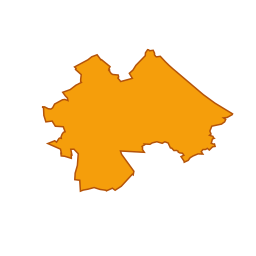 outline of Celbridge Lea-4, Kildare, Ireland, rotated 33°
{"feature_id": "5873133B70404185317284", "entity_name": "Celbridge Lea-4", "entity_type": "district", "adm_level": 2, "iso_a3": "IRL", "parent_name": "Ireland", "parent_adm1": "Kildare", "projection": "equal_earth", "projection_center": [-6.548, 53.32], "detail": "fine", "context": "isolated", "style": "filled", "palette": "amber", "viewbox_px": 256, "rotation_deg": 33, "n_neighbors": 0, "source": "geoboundaries", "source_scale": "gbopen_adm2", "svg_char_len": 1947}
<svg xmlns="http://www.w3.org/2000/svg" viewBox="0 0 256 256"><g transform="rotate(33 128 128)"><path d="M197.8,116.0L200.8,111.6L205.0,109.1L202.3,107.9L202.5,105.3L204.8,103.7L205.6,101.9L208.2,102.2L209.2,97.7L211.1,96.0L209.2,94.3L208.6,94.9L206.2,95.5L204.8,91.4L205.9,89.7L205.0,89.7L203.8,88.8L200.3,89.7L200.9,87.8L198.3,86.0L197.3,80.8L204.3,73.8L205.7,70.2L205.3,67.6L202.6,67.5L205.4,65.2L208.1,60.1L208.0,59.2L187.3,59.8L172.9,59.0L133.3,53.9L128.1,53.1L123.2,52.1L116.0,50.3L113.2,52.8L112.3,52.9L110.4,52.2L109.5,50.8L106.8,49.1L104.0,51.5L102.8,51.2L101.8,51.6L101.7,55.4L103.1,58.0L100.5,71.1L100.6,76.7L99.3,81.4L104.6,84.0L96.6,93.0L92.3,91.6L92.4,90.3L90.9,88.9L86.1,91.4L84.3,91.5L80.4,90.0L80.9,89.3L79.8,88.9L79.5,86.3L68.5,85.1L68.2,85.6L62.2,83.4L58.8,88.0L57.2,92.7L49.9,105.9L52.0,106.3L52.1,107.5L59.7,108.7L61.9,113.1L63.0,114.8L64.1,115.1L61.0,120.5L58.6,127.3L53.8,133.6L58.2,135.3L60.8,135.8L62.7,137.7L59.4,138.5L57.6,140.1L53.4,147.9L53.8,152.2L53.0,154.1L50.6,155.3L46.6,155.7L44.9,156.7L45.2,157.2L46.0,156.9L50.6,163.3L55.8,167.6L60.6,163.5L66.1,166.1L73.0,162.2L77.3,165.4L76.2,166.7L76.1,169.2L76.7,171.9L77.7,173.0L76.2,173.6L75.8,174.4L75.8,178.8L73.5,178.6L69.2,184.7L82.9,182.5L86.0,185.6L85.5,185.8L87.2,187.8L90.3,186.2L97.0,184.3L95.0,181.3L95.6,181.1L91.6,177.0L94.2,175.2L100.3,176.7L105.9,186.9L108.3,194.7L111.5,200.3L116.0,198.1L122.5,206.9L124.3,204.4L127.7,201.2L132.0,196.4L137.9,194.8L143.5,192.2L144.1,192.5L147.7,187.0L151.1,187.2L154.1,180.5L156.8,164.4L157.9,164.5L156.5,161.1L137.0,153.6L134.2,151.4L154.9,139.5L151.7,138.1L151.0,136.6L149.8,135.8L151.2,132.7L150.5,132.5L155.3,129.7L156.5,127.2L159.7,123.8L165.0,122.2L166.4,119.5L169.8,118.7L174.4,121.6L175.7,121.1L178.8,121.9L180.9,120.4L182.7,120.2L183.2,120.8L184.9,120.7L187.4,119.5L189.7,120.4L188.0,123.1L192.9,125.2L193.8,126.1L196.1,122.4L196.3,119.1L197.8,116.0Z" fill="#f59e0b" stroke="#b45309" stroke-width="1.5"/></g></svg>